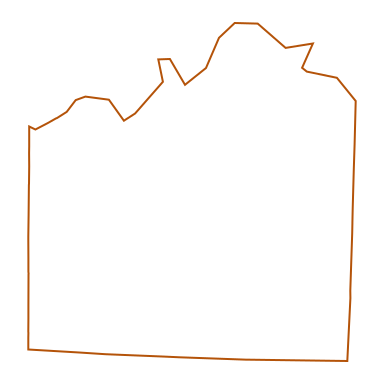 outline of Jackson, Missouri, United States of America
{"feature_id": "52423323B46140943178406", "entity_name": "Jackson", "entity_type": "district", "adm_level": 2, "iso_a3": "USA", "parent_name": "United States of America", "parent_adm1": "Missouri", "projection": "albers", "projection_center": [-94.442, 39.035], "detail": "fine", "context": "isolated", "style": "outline", "palette": "amber", "viewbox_px": 384, "rotation_deg": 0, "n_neighbors": 0, "source": "geoboundaries", "source_scale": "gbopen_adm2", "svg_char_len": 869}
<svg xmlns="http://www.w3.org/2000/svg" viewBox="0 0 384 384"><path d="M28.3,349.5L79.2,352.5L105.3,354.2L164.4,356.6L179.7,357.3L247.2,359.7L250.2,359.7L347.3,361.0L350.4,298.2L350.3,290.5L352.2,233.3L352.4,223.4L352.4,222.5L352.7,208.6L353.8,169.0L354.6,144.4L355.7,101.0L336.9,77.8L306.8,71.6L302.1,67.8L312.9,43.5L285.6,47.9L257.7,23.6L234.7,23.0L219.0,37.8L206.0,68.0L185.0,84.8L169.9,59.0L158.3,59.4L162.9,81.8L135.1,113.5L123.9,120.7L108.9,99.7L85.4,96.6L75.7,100.1L66.7,111.9L56.9,118.1L56.0,118.4L47.7,123.1L35.4,129.5L29.2,126.5L29.2,146.3L29.1,153.0L29.2,166.4L29.0,184.1L28.9,184.6L28.6,214.9L28.3,236.7L28.3,239.3L28.4,257.7L28.4,270.1L28.4,271.7L28.6,273.9L28.5,274.4L28.5,275.8L28.4,306.4L28.4,312.8L28.4,314.8L28.4,318.8L28.3,331.0L28.3,332.0L28.4,332.7L28.4,333.0L28.3,337.7L28.3,342.9L28.3,349.5Z" fill="none" stroke="#b45309" stroke-width="2"/></svg>